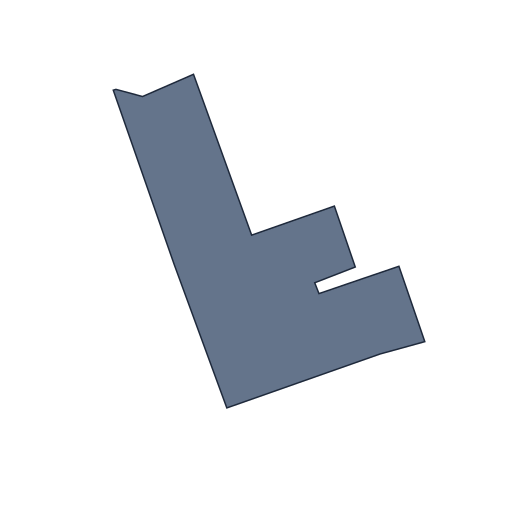 Ciuperceni, Teleorman, Romania (orthographic projection), rotated 108°
{"feature_id": "2599482B70697570158857", "entity_name": "Ciuperceni", "entity_type": "district", "adm_level": 2, "iso_a3": "ROU", "parent_name": "Romania", "parent_adm1": "Teleorman", "projection": "orthographic", "projection_center": [24.931, 43.803], "detail": "fine", "context": "isolated", "style": "filled", "palette": "slate", "viewbox_px": 512, "rotation_deg": 108, "n_neighbors": 0, "source": "geoboundaries", "source_scale": "gbopen_adm2", "svg_char_len": 373}
<svg xmlns="http://www.w3.org/2000/svg" viewBox="0 0 512 512"><g transform="rotate(108 256 256)"><path d="M289.2,331.3L409.5,236.8L310.9,107.8L285.3,69.0L270.9,79.8L221.6,116.9L242.8,145.2L272.3,184.5L263.3,191.9L235.8,158.2L184.3,196.9L237.5,266.6L102.5,371.6L139.4,413.2L140.8,440.7L142.4,443.0L289.2,331.3Z" fill="#64748b" stroke="#1e293b" stroke-width="1.5"/></g></svg>